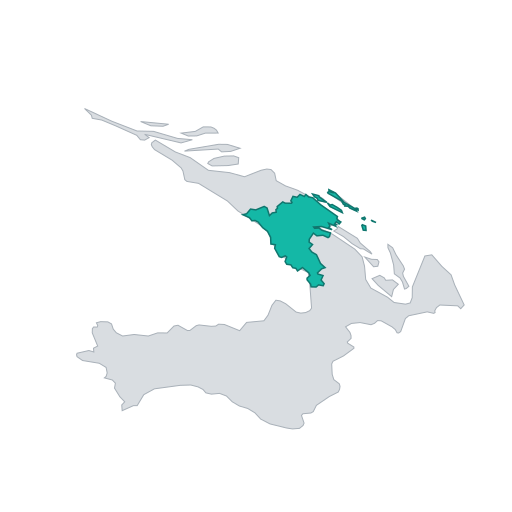 location of Zadarska within Croatia, rotated 169°
{"feature_id": "HRV-1493", "entity_name": "Zadarska", "entity_type": "County", "adm_level": 1, "iso_a3": "HRV", "parent_name": "Croatia", "parent_adm1": "", "projection": "equal_earth", "projection_center": [15.553, 44.407], "detail": "medium", "context": "in_parent", "style": "filled", "palette": "teal", "viewbox_px": 512, "rotation_deg": 169, "n_neighbors": 0, "source": "natural_earth", "source_scale": "10m", "svg_char_len": 5601}
<svg xmlns="http://www.w3.org/2000/svg" viewBox="0 0 512 512"><g transform="rotate(169 256 256)"><path d="M65.1,165.2L67.5,168.6L84.9,172.8L88.7,170.9L91.0,168.1L91.0,166.3L92.5,165.8L98.6,168.5L117.5,168.2L121.3,166.1L128.4,154.2L130.7,153.2L132.2,153.7L133.3,157.2L136.0,160.5L145.5,168.5L149.0,169.4L152.5,167.3L156.2,166.6L166.5,170.8L175.2,171.6L181.6,169.4L178.4,163.1L177.9,159.8L178.4,157.0L182.8,154.2L182.6,152.9L177.3,148.0L177.5,146.7L189.2,141.2L200.5,138.0L202.3,135.6L203.8,125.3L203.2,119.8L198.6,114.6L198.4,112.0L199.4,109.2L201.2,106.8L211.0,104.0L225.2,97.9L229.5,92.3L232.1,91.4L240.1,92.2L241.8,90.8L240.7,82.8L242.1,80.7L246.2,78.5L253.2,79.3L259.0,81.4L274.3,88.5L282.5,95.0L287.0,102.3L293.2,107.9L300.9,111.9L307.1,117.4L311.7,124.2L318.0,128.1L326.1,128.9L331.3,131.2L333.5,135.1L337.9,138.6L344.6,141.8L355.0,143.5L381.1,145.0L392.6,141.3L401.2,131.8L404.9,132.5L416.9,129.7L416.2,135.4L412.7,137.9L416.5,143.8L420.1,153.3L418.3,158.0L420.7,161.7L428.1,165.3L426.1,166.4L424.4,169.6L424.4,175.2L430.3,180.6L446.2,186.5L450.9,191.3L451.0,193.3L450.2,194.7L438.1,195.1L433.5,192.7L433.1,196.5L428.6,197.8L431.4,211.8L430.5,215.9L428.9,217.3L425.5,216.5L424.6,217.9L425.4,220.9L421.0,221.2L414.0,219.6L410.8,216.9L410.1,211.5L407.8,207.3L402.2,202.9L390.6,202.2L377.0,198.0L367.2,199.3L357.9,197.4L349.9,202.9L345.8,202.9L337.5,195.9L335.1,195.5L328.0,199.0L325.1,199.2L313.3,195.5L308.9,194.9L305.7,196.2L300.1,194.8L286.3,185.8L277.9,192.6L260.6,190.9L255.5,195.6L249.7,204.6L244.9,208.8L240.8,207.3L235.9,203.4L227.3,193.3L223.0,191.4L218.0,191.0L213.7,192.1L211.4,194.2L208.1,222.0L208.0,229.8L217.5,237.0L228.8,249.5L232.4,250.9L234.2,255.0L239.9,277.5L245.7,285.3L265.2,303.7L273.5,315.4L298.6,338.3L309.6,342.4L311.3,344.5L311.5,353.4L312.7,356.8L320.1,366.1L335.3,379.8L337.0,383.0L337.5,385.3L336.6,387.1L332.7,389.0L315.3,373.5L301.8,365.1L286.4,349.2L266.1,342.9L252.2,336.0L234.6,339.2L228.8,339.3L224.8,338.0L221.9,333.7L221.8,326.1L213.7,319.2L202.6,312.6L192.2,304.1L171.2,281.2L167.0,273.8L177.8,271.1L190.3,272.5L176.9,262.9L157.7,243.9L152.0,234.9L151.4,225.3L152.8,212.0L149.4,202.6L134.7,190.4L129.3,184.0L118.4,180.2L113.6,180.5L110.6,185.3L108.4,195.8L90.2,223.8L83.2,223.6L75.5,210.3L68.1,200.3L66.5,189.7L61.0,168.2L65.1,165.2ZM390.5,422.4L390.7,425.6L396.2,433.5L371.8,415.8L348.9,401.4L332.8,397.9L310.6,386.4L296.3,382.3L308.0,381.3L342.1,396.7L338.3,392.6L343.2,391.0L347.3,392.2L350.0,397.2L369.3,410.8L381.5,418.9L390.5,422.4ZM124.9,238.9L124.3,242.3L120.3,238.0L118.3,230.4L113.3,218.2L112.7,214.7L115.3,211.3L115.2,207.9L111.7,197.1L114.7,195.4L116.5,195.2L117.2,202.6L118.8,206.9L123.6,212.1L122.6,220.9L123.5,233.3L124.9,238.9ZM146.4,211.6L138.2,213.4L134.3,210.1L133.3,207.4L126.6,206.5L121.7,201.1L127.5,196.9L130.6,190.2L141.7,203.9L146.4,211.6ZM278.6,359.8L268.0,360.1L258.8,358.5L254.2,355.8L255.9,349.7L266.2,350.1L281.9,352.8L285.7,356.0L284.5,357.5L278.6,359.8ZM306.2,372.6L301.5,373.5L271.5,372.8L262.8,371.0L251.1,364.8L260.9,363.5L269.9,364.8L272.7,368.2L306.2,372.6ZM171.4,267.0L169.7,269.3L153.1,254.0L151.2,248.9L143.0,238.5L141.8,235.7L149.3,242.5L152.1,243.2L159.3,249.8L166.4,258.3L174.9,265.7L171.4,267.0ZM269.7,383.9L282.2,386.3L291.3,385.2L299.6,386.7L306.0,390.9L291.8,389.9L283.2,392.8L275.7,391.3L272.8,389.4L270.8,387.1L269.7,383.9ZM171.4,302.9L172.2,305.1L167.8,304.2L151.5,285.2L149.8,281.6L155.6,286.0L171.4,302.9ZM142.6,223.0L149.4,234.2L143.2,230.7L137.6,229.4L136.4,226.8L138.4,222.7L142.6,223.0ZM334.4,403.9L343.6,410.0L316.6,402.0L322.5,401.1L334.4,403.9ZM183.6,298.4L188.0,304.9L183.8,303.6L179.4,299.6L176.8,295.2L183.6,298.4ZM174.2,290.7L175.3,293.8L166.9,288.0L163.2,282.5L174.2,290.7Z" fill="#d9dde1" stroke="#a8b0b8" stroke-width="1"/><path d="M207.8,215.2L207.8,218.0L210.4,222.9L210.1,224.5L206.6,226.6L207.4,229.5L212.6,235.8L218.1,233.4L219.2,236.3L222.1,237.4L223.5,240.7L227.4,242.0L228.5,245.0L226.0,249.2L227.3,250.6L231.1,249.7L233.3,250.9L236.2,260.0L234.8,263.4L239.1,264.9L238.1,271.6L240.0,278.1L244.0,282.5L247.5,289.0L250.2,291.1L253.3,291.3L255.1,294.9L261.0,299.0L257.1,299.3L252.4,303.1L247.4,301.3L238.5,303.1L236.0,301.0L235.1,293.1L231.8,295.2L227.8,295.1L227.6,297.7L225.8,298.7L225.8,300.5L219.4,304.0L217.3,302.3L211.1,301.0L210.4,301.8L211.3,303.5L208.3,307.5L204.4,305.8L201.1,308.0L197.2,305.2L195.3,306.9L193.0,303.9L189.2,302.4L182.7,293.9L168.5,279.2L169.5,277.6L169.0,275.7L166.2,273.2L168.2,271.6L170.6,274.4L172.7,272.5L171.2,271.4L172.6,271.4L172.1,270.0L178.5,274.4L177.7,271.4L179.1,270.2L176.3,267.3L186.1,272.5L193.9,273.5L193.2,272.0L188.8,271.4L186.5,268.7L178.5,264.5L180.2,261.0L181.8,260.3L186.3,263.6L192.4,264.2L195.3,267.5L200.5,262.3L201.2,259.5L198.3,256.5L202.5,253.2L200.4,249.2L196.4,245.7L194.1,236.4L190.4,231.4L194.0,230.9L198.9,227.7L198.7,226.5L193.9,224.0L196.7,220.0L194.4,215.8L195.7,214.0L200.1,215.7L202.9,214.1L207.8,215.2ZM161.5,293.9L173.3,303.8L173.5,304.8L171.8,305.3L167.7,303.0L171.9,306.1L171.8,307.2L165.9,302.6L159.0,291.6L150.1,283.9L148.8,280.9L154.7,285.1L155.8,287.2L159.3,288.1L158.8,289.3L160.3,289.9L161.5,293.9ZM182.6,301.8L176.2,295.2L184.5,298.8L185.0,301.2L187.3,302.9L188.6,306.0L182.8,303.2L182.6,301.8ZM175.8,294.6L173.7,291.8L171.4,292.0L166.9,288.1L163.4,284.5L163.0,282.1L173.9,290.4L175.8,294.6ZM145.8,260.9L146.3,265.8L145.6,266.4L142.6,264.5L143.1,260.1L145.8,260.9ZM142.8,270.8L144.9,272.5L144.8,273.0L142.0,273.4L141.5,271.8L142.8,270.8ZM131.8,266.0L135.1,267.9L136.2,269.3L131.8,266.0ZM147.0,281.5L150.1,283.9L147.8,283.8L146.8,282.9L147.0,281.5Z" fill="#14b8a6" stroke="#0f766e" stroke-width="1.5"/></g></svg>